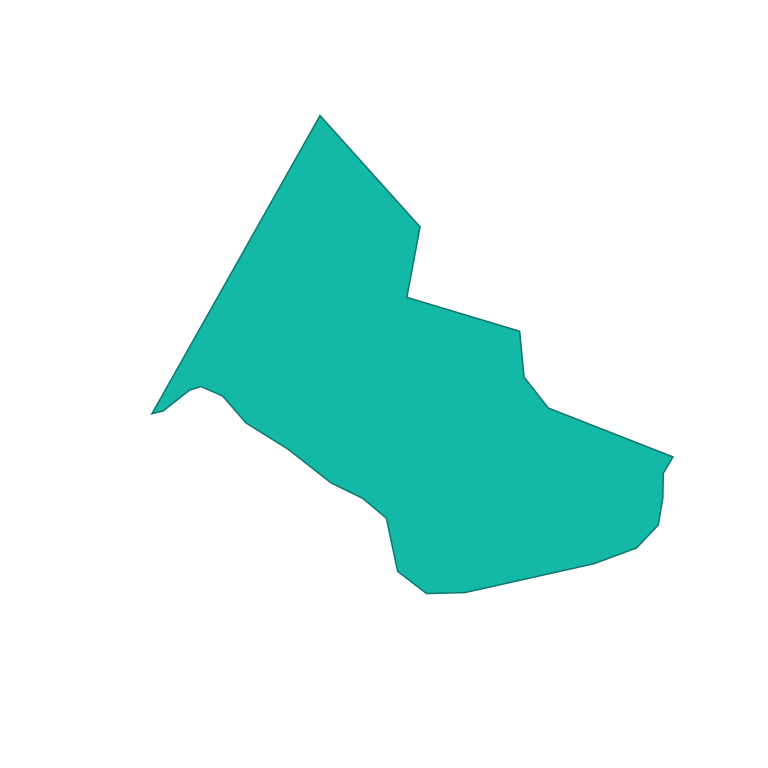 map outline of Rivière du Rempart (Mercator projection), rotated 151°
{"feature_id": "MUS-5192", "entity_name": "Rivière du Rempart", "entity_type": "District", "adm_level": 1, "iso_a3": "MUS", "parent_name": "Mauritius", "parent_adm1": "", "projection": "mercator", "projection_center": [57.653, -20.067], "detail": "fine", "context": "isolated", "style": "filled", "palette": "teal", "viewbox_px": 768, "rotation_deg": 151, "n_neighbors": 0, "source": "natural_earth", "source_scale": "10m", "svg_char_len": 483}
<svg xmlns="http://www.w3.org/2000/svg" viewBox="0 0 768 768"><g transform="rotate(151 384 384)"><path d="M166.6,180.1L183.0,170.5L195.4,149.1L212.5,127.7L242.5,118.2L287.3,125.0L414.5,162.4L448.4,180.1L462.9,213.5L447.0,265.5L458.1,294.3L478.2,323.0L499.6,373.6L523.6,416.9L531.0,451.8L545.3,470.5L556.9,472.9L590.3,467.5L601.4,470.5L309.8,649.8L276.3,503.9L322.0,448.7L239.8,364.4L258.1,322.3L252.0,283.4L166.6,180.1Z" fill="#14b8a6" stroke="#0f766e" stroke-width="1.5"/></g></svg>